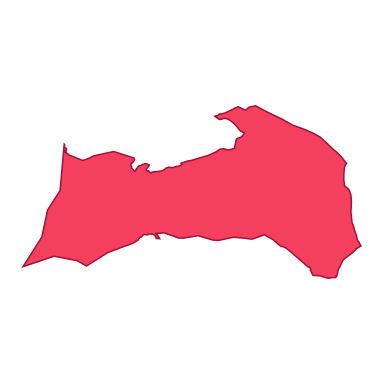 the district of "Nore og Uvdal" nor, Buskerud, Norway
{"feature_id": "86288312B66114336296766", "entity_name": "\"Nore og Uvdal\" nor", "entity_type": "district", "adm_level": 2, "iso_a3": "NOR", "parent_name": "Norway", "parent_adm1": "Buskerud", "projection": "albers", "projection_center": [8.39, 60.292], "detail": "fine", "context": "isolated", "style": "filled", "palette": "rose", "viewbox_px": 384, "rotation_deg": 0, "n_neighbors": 0, "source": "geoboundaries", "source_scale": "gbopen_adm2", "svg_char_len": 5481}
<svg xmlns="http://www.w3.org/2000/svg" viewBox="0 0 384 384"><path d="M337.5,152.8L332.4,148.7L331.9,148.1L327.1,143.4L320.2,137.1L313.1,133.2L305.5,129.8L303.5,129.0L292.5,125.1L281.6,118.9L268.4,112.6L255.6,105.8L249.0,107.2L245.6,110.2L238.2,106.7L234.8,108.3L234.8,108.1L234.6,108.1L234.5,108.3L234.5,108.5L226.9,112.1L224.5,113.1L222.1,113.7L219.5,114.0L218.1,115.3L214.8,116.2L216.1,117.3L217.4,118.2L219.5,119.5L219.9,119.4L220.9,119.4L221.3,119.3L221.9,119.1L223.0,118.6L223.4,118.5L224.4,118.5L226.0,118.6L227.4,118.9L228.8,119.6L230.5,120.7L231.8,121.7L235.0,124.5L237.1,126.9L239.4,129.8L239.8,130.4L240.0,130.6L240.4,130.9L244.3,133.1L242.4,136.1L242.1,136.2L241.6,136.3L241.4,136.4L240.9,137.2L240.5,137.6L240.3,137.7L239.5,137.7L238.7,137.9L237.1,138.6L236.6,138.8L236.0,140.7L235.5,143.4L234.5,147.7L234.8,148.3L234.3,148.5L232.6,148.9L232.5,149.0L232.1,148.9L231.3,149.3L227.9,150.0L223.7,148.7L219.9,149.2L215.7,152.1L213.4,153.1L211.3,154.0L208.3,155.4L191.8,160.3L189.2,160.7L187.4,161.1L180.9,163.2L181.8,164.8L179.5,165.9L177.7,166.4L176.7,166.3L172.5,167.7L168.9,167.2L165.7,168.2L164.4,169.7L161.6,171.0L153.0,171.9L152.8,172.0L152.6,172.1L152.0,172.4L151.5,172.6L151.3,172.5L151.2,172.7L151.0,172.8L150.7,172.9L150.3,172.9L150.0,172.6L149.8,172.4L149.7,172.4L149.4,171.9L149.4,171.7L148.7,171.0L148.5,170.9L148.2,170.8L147.8,170.9L147.8,171.0L147.6,171.0L146.9,170.7L146.6,170.4L146.1,169.7L146.2,169.2L148.0,167.2L148.1,166.9L148.2,166.6L148.4,166.5L148.9,165.8L149.2,165.2L149.2,164.9L148.9,164.7L148.4,164.6L147.2,164.0L145.7,163.6L145.4,163.6L145.2,163.6L144.5,163.8L144.0,164.3L143.7,164.2L143.1,164.2L142.6,164.3L142.3,164.5L141.8,164.9L141.5,165.1L141.4,165.2L141.2,165.3L140.7,165.5L139.8,165.6L139.4,165.7L139.1,165.7L139.0,165.8L138.8,166.1L138.6,166.2L138.1,166.5L137.7,167.3L137.3,167.9L137.1,168.1L136.4,168.8L136.3,169.0L136.1,169.4L136.1,169.6L136.0,169.9L136.0,170.1L135.9,170.3L135.7,170.3L135.6,170.5L135.3,170.8L134.9,171.0L134.5,171.0L133.5,170.2L132.4,168.9L131.6,167.8L131.7,167.0L130.8,164.9L131.0,163.9L132.8,162.4L134.7,159.9L133.9,158.0L113.7,151.5L94.0,155.8L87.9,158.7L82.8,160.5L69.1,155.0L68.8,154.7L68.7,154.5L68.4,154.3L68.3,154.2L68.0,154.0L67.5,153.7L67.3,153.6L67.1,153.6L66.9,153.3L66.8,153.2L66.7,153.3L66.5,153.1L66.5,152.8L66.4,152.5L66.4,152.4L66.0,152.3L66.0,152.1L65.8,152.2L65.9,152.3L65.7,152.4L65.7,152.2L65.5,152.4L65.3,152.4L65.3,152.2L64.9,152.1L64.8,151.9L64.8,151.7L64.7,151.7L64.7,151.4L64.9,151.2L65.1,150.8L65.7,150.9L65.9,150.8L66.1,150.7L66.4,150.3L66.5,150.0L66.4,149.7L66.5,149.7L66.5,149.1L66.4,148.9L66.5,148.7L66.4,148.6L66.1,148.5L66.0,148.4L66.0,148.2L65.8,148.0L65.6,148.0L65.0,147.7L64.7,147.3L64.5,147.1L64.4,146.9L64.4,146.7L64.6,146.4L64.5,146.1L64.6,145.9L64.6,145.7L64.6,145.3L64.5,145.2L64.5,144.9L64.5,144.7L64.4,144.6L64.5,144.5L64.3,144.3L64.2,144.2L60.1,190.5L47.5,210.1L41.9,236.9L23.0,266.7L54.0,256.2L77.1,260.7L86.5,266.0L107.7,252.6L125.5,245.9L126.8,245.6L134.5,242.4L136.9,240.6L137.0,240.6L137.5,240.6L137.7,240.4L137.9,240.2L138.1,239.8L138.6,239.4L138.9,238.9L139.0,238.7L139.5,238.2L140.0,237.5L141.1,237.2L141.3,236.9L141.4,236.7L141.7,236.5L141.9,236.3L142.4,235.8L142.6,235.8L142.7,235.7L142.8,235.3L143.0,235.2L143.4,234.6L143.6,234.5L145.7,234.7L146.1,234.8L147.2,234.7L147.3,234.9L147.6,234.8L148.0,234.6L148.3,234.4L148.4,234.2L148.5,234.1L148.8,234.0L149.1,233.8L149.3,233.9L149.8,234.0L149.9,233.9L150.3,234.0L150.6,234.0L150.9,234.2L151.4,234.1L151.7,234.1L151.9,234.1L152.8,234.1L153.3,234.2L153.9,234.7L154.3,235.2L154.8,235.5L155.0,235.7L155.2,235.9L155.4,236.4L155.4,236.6L155.5,236.8L155.6,237.0L155.8,237.2L155.9,237.4L156.0,237.7L156.0,237.9L156.5,238.2L156.5,238.5L159.7,238.7L159.4,238.1L159.2,237.4L158.7,236.9L158.5,236.7L158.3,236.6L158.3,236.3L158.0,236.2L158.0,235.9L157.9,235.7L157.7,235.4L157.4,235.0L156.7,234.6L156.6,234.4L156.3,234.1L155.8,233.8L155.8,233.6L164.0,232.8L170.0,234.9L178.7,238.0L182.9,238.2L198.2,235.7L212.6,240.0L218.1,240.5L231.8,237.6L232.5,237.3L233.5,237.2L244.5,238.2L252.0,239.2L264.3,234.8L273.3,239.8L273.8,240.3L279.4,245.2L281.2,246.6L282.9,246.6L285.0,247.6L285.8,247.8L290.8,251.9L306.3,265.4L307.2,266.2L307.9,266.8L308.0,267.0L308.3,267.0L308.8,266.9L309.3,267.1L309.4,267.3L309.6,267.4L309.9,267.5L310.4,267.8L310.5,268.1L310.4,268.4L310.4,268.5L310.6,268.8L310.6,269.0L310.7,269.4L310.7,269.5L310.5,269.8L310.3,269.9L310.3,270.0L310.8,270.5L311.4,272.2L312.5,274.6L313.0,275.4L321.1,275.9L323.1,276.9L326.8,278.0L329.0,278.2L331.0,277.8L332.7,277.6L335.0,277.6L335.7,277.4L335.9,277.3L335.9,277.0L336.0,276.9L336.2,276.6L336.1,276.1L336.6,276.2L336.9,275.2L337.0,274.8L337.1,274.1L337.2,273.9L337.3,273.6L337.5,273.3L337.7,272.9L337.7,272.7L337.5,272.1L339.0,268.2L339.7,266.9L340.0,266.4L343.0,260.1L347.6,256.4L350.0,254.7L355.4,250.1L355.6,250.0L355.7,249.7L355.9,249.3L356.0,249.1L356.5,248.6L357.9,247.8L359.7,246.7L360.0,246.3L360.3,246.3L361.0,245.9L360.8,245.4L360.0,244.3L359.5,243.6L359.1,242.2L358.7,241.7L357.7,240.7L357.3,240.1L356.5,235.8L355.5,233.1L353.5,226.2L353.3,225.7L353.2,225.5L353.2,225.3L352.1,222.8L351.7,218.9L351.3,214.8L351.0,213.3L351.0,212.6L350.9,212.1L351.4,204.0L351.4,203.1L351.4,202.4L351.2,198.2L350.9,194.8L350.4,194.0L349.6,190.8L348.7,189.3L347.0,187.8L344.7,186.0L343.8,180.1L343.9,175.7L343.8,174.8L344.5,167.1L346.6,163.1L346.2,162.9L345.4,162.0L344.9,161.3L341.1,156.5L340.2,155.7L338.5,154.0L337.5,152.8Z" fill="#f43f5e" stroke="#9f1239" stroke-width="1.5"/></svg>